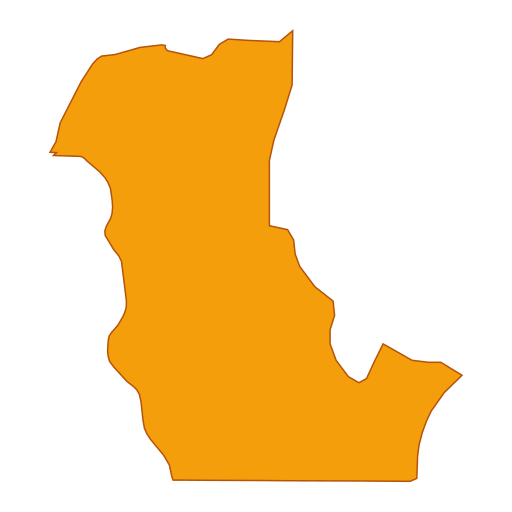 Kaolack, Equal Earth projection
{"feature_id": "SEN-765", "entity_name": "Kaolack", "entity_type": "Region", "adm_level": 1, "iso_a3": "SEN", "parent_name": "Senegal", "parent_adm1": "", "projection": "equal_earth", "projection_center": [-15.993, 13.984], "detail": "fine", "context": "isolated", "style": "filled", "palette": "amber", "viewbox_px": 512, "rotation_deg": 0, "n_neighbors": 0, "source": "natural_earth", "source_scale": "10m", "svg_char_len": 1433}
<svg xmlns="http://www.w3.org/2000/svg" viewBox="0 0 512 512"><path d="M418.6,448.4L417.6,456.0L416.8,478.4L410.2,481.3L389.7,481.2L363.8,481.0L337.8,480.9L311.9,480.8L285.9,480.7L259.9,480.5L233.9,480.4L208.0,480.3L182.0,480.1L173.1,480.1L171.7,476.1L169.4,465.1L163.7,455.3L150.3,439.1L146.7,433.4L144.4,428.2L143.0,420.0L141.0,401.6L139.3,394.2L136.7,389.7L133.6,386.6L127.0,381.5L113.7,366.9L109.6,361.4L108.2,356.5L107.6,351.7L108.0,343.5L108.4,339.5L109.3,335.7L111.8,332.2L117.8,325.3L122.6,317.2L124.6,312.9L126.0,308.5L126.4,304.3L126.3,299.9L121.5,261.5L118.8,255.8L113.7,249.6L105.1,235.3L104.9,230.7L106.3,226.4L110.7,218.2L112.0,213.7L112.6,207.6L112.2,200.5L110.4,188.2L107.8,182.2L104.9,177.6L99.1,171.3L87.1,161.1L84.8,158.7L82.5,157.0L80.2,156.4L53.4,155.5L56.5,152.6L50.0,152.3L56.0,141.7L60.2,122.8L81.1,81.8L92.6,64.0L97.3,58.9L101.5,56.1L114.9,54.6L140.1,47.4L161.6,44.9L165.2,45.4L165.3,48.2L167.5,50.7L202.9,58.6L211.6,54.7L219.4,44.3L228.1,39.1L248.5,40.4L279.5,41.7L292.7,30.7L292.1,85.0L284.5,109.5L273.9,140.1L269.4,160.4L269.4,197.1L269.4,225.7L287.6,229.7L293.6,239.9L295.2,254.2L299.7,266.4L314.9,286.8L333.1,301.1L334.6,315.4L330.1,329.7L330.1,343.9L336.1,360.3L348.3,376.6L358.9,382.7L366.5,378.6L374.0,362.3L383.1,343.9L412.0,360.3L428.6,362.3L440.8,362.3L462.0,375.3L444.4,392.4L431.3,410.9L426.7,420.5L422.4,432.2L419.1,444.6L418.6,448.4Z" fill="#f59e0b" stroke="#b45309" stroke-width="1.5"/></svg>